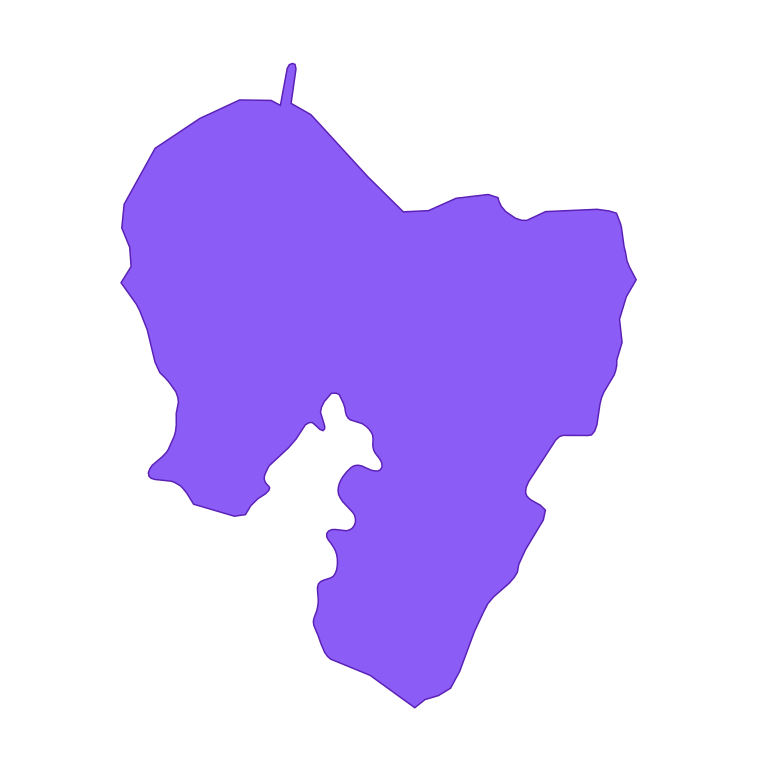 the border of North Tipperary, rotated 177°
{"feature_id": "IRL-724", "entity_name": "North Tipperary", "entity_type": "County", "adm_level": 1, "iso_a3": "IRL", "parent_name": "Ireland", "parent_adm1": "", "projection": "albers", "projection_center": [-8.01, 52.847], "detail": "fine", "context": "isolated", "style": "filled", "palette": "violet", "viewbox_px": 768, "rotation_deg": 177, "n_neighbors": 0, "source": "natural_earth", "source_scale": "10m", "svg_char_len": 2877}
<svg xmlns="http://www.w3.org/2000/svg" viewBox="0 0 768 768"><g transform="rotate(177 384 384)"><path d="M580.4,273.9L586.7,285.4L590.6,290.7L592.8,293.1L598.3,296.7L601.7,298.1L617.9,300.7L621.5,302.0L623.5,304.2L624.0,307.8L622.1,311.8L619.8,314.9L609.2,323.0L604.6,327.4L602.8,330.0L596.3,342.7L594.7,347.4L593.6,353.8L593.0,365.7L590.3,376.4L590.5,381.1L592.2,387.0L598.1,396.3L601.8,401.2L607.2,407.0L611.5,417.7L617.6,450.5L624.1,470.0L627.2,476.8L641.3,498.9L630.4,514.5L630.8,533.8L637.7,553.5L634.1,577.1L600.2,631.4L553.9,658.9L513.3,675.2L481.9,673.1L472.9,667.7L464.1,704.3L461.8,707.9L458.6,708.9L456.1,707.8L455.4,703.2L462.1,669.1L442.9,656.8L431.8,643.4L389.4,591.9L355.7,554.9L330.5,554.8L302.3,565.7L270.0,567.8L260.4,564.1L259.6,560.2L257.5,555.2L253.5,549.9L244.0,542.6L238.0,540.3L232.9,539.9L213.6,547.7L162.1,547.3L150.0,545.0L142.9,542.4L139.5,531.9L138.7,528.2L137.1,509.2L136.8,507.1L136.1,504.0L134.9,494.3L132.8,488.1L126.7,474.9L137.4,458.5L145.4,436.4L144.1,413.0L150.3,395.6L150.6,390.3L152.0,385.1L153.6,381.1L164.8,364.4L167.4,359.1L169.4,352.5L173.5,332.1L176.1,325.9L179.4,322.3L183.0,321.9L207.9,323.3L211.5,322.3L215.5,319.0L244.8,278.7L247.5,273.1L248.3,268.1L247.3,264.8L245.2,262.2L242.8,260.2L234.2,254.8L229.4,249.6L232.0,239.9L251.4,211.1L258.8,196.9L260.7,189.0L263.8,184.4L269.2,178.7L285.7,165.7L291.8,159.2L296.7,150.8L306.6,132.2L323.5,93.0L333.5,76.7L345.9,70.0L359.6,66.7L370.2,59.1L413.2,93.8L451.7,112.0L454.7,115.0L457.3,119.1L460.3,127.2L463.2,137.0L464.5,140.3L466.7,146.7L467.0,150.1L466.6,152.4L465.7,155.0L463.1,160.9L462.1,164.4L461.3,168.1L460.9,172.2L461.2,180.5L461.1,184.4L459.9,187.8L457.7,190.0L454.4,191.3L447.2,193.2L444.5,194.8L442.5,197.6L441.1,200.8L440.2,204.7L439.8,208.8L439.8,212.7L440.3,216.6L441.3,220.1L442.8,223.5L445.7,228.3L447.3,230.5L448.3,232.3L449.2,234.5L448.9,237.9L447.1,240.0L444.0,241.3L440.5,241.3L429.1,239.4L425.8,240.2L423.1,241.8L421.1,244.4L419.8,247.4L419.6,251.1L420.3,254.6L421.9,257.4L431.3,268.5L433.5,272.2L435.1,276.0L435.5,280.0L434.9,283.6L433.8,287.0L432.4,289.8L429.9,293.6L426.1,298.0L421.4,302.2L418.9,303.6L416.3,304.2L413.8,304.2L410.7,303.4L401.5,298.7L398.3,297.8L394.7,297.4L392.0,298.7L390.3,301.3L390.3,304.5L391.2,307.4L392.6,310.0L396.5,315.6L397.9,319.0L398.4,322.8L397.8,330.3L398.1,333.8L399.5,336.9L401.5,339.9L404.1,342.7L407.9,345.6L419.4,349.9L421.6,351.8L423.2,354.7L424.0,358.6L424.3,362.2L425.6,367.0L429.3,375.8L432.4,377.4L437.1,377.4L444.6,369.5L447.6,364.2L448.9,359.1L445.4,344.9L445.7,342.1L447.4,340.6L450.5,342.1L455.8,347.6L457.8,349.3L460.9,349.3L464.7,347.3L474.8,333.5L482.8,325.2L502.8,308.5L503.9,306.9L506.8,301.6L508.1,298.8L508.6,295.6L507.9,292.5L506.2,289.9L504.4,287.9L503.6,286.3L504.6,283.8L508.0,280.6L516.0,276.0L523.4,269.4L529.2,260.8L540.3,259.8L580.4,273.9Z" fill="#8b5cf6" stroke="#5b21b6" stroke-width="1.5"/></g></svg>